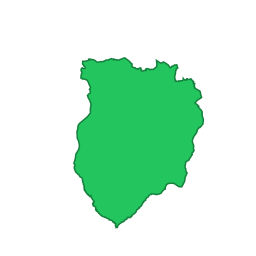 Vurpar, Sibiu, Romania (Mercator projection), rotated 227°
{"feature_id": "2599482B26098957390295", "entity_name": "Vurpar", "entity_type": "district", "adm_level": 2, "iso_a3": "ROU", "parent_name": "Romania", "parent_adm1": "Sibiu", "projection": "mercator", "projection_center": [24.329, 45.907], "detail": "fine", "context": "isolated", "style": "filled", "palette": "green", "viewbox_px": 256, "rotation_deg": 227, "n_neighbors": 0, "source": "geoboundaries", "source_scale": "gbopen_adm2", "svg_char_len": 5742}
<svg xmlns="http://www.w3.org/2000/svg" viewBox="0 0 256 256"><g transform="rotate(227 128 128)"><path d="M158.0,194.9L155.1,192.8L153.5,191.0L153.3,190.0L153.6,188.1L153.5,186.6L155.1,185.0L155.8,183.6L156.7,183.6L158.0,182.9L158.8,181.9L159.0,181.3L158.9,181.0L158.0,180.7L157.8,180.5L158.3,179.8L159.0,179.2L159.1,178.6L159.7,177.5L160.6,176.9L161.2,177.4L161.3,177.1L161.6,177.4L163.2,178.3L163.7,177.9L164.1,176.7L164.0,176.1L164.0,175.6L165.0,175.3L165.5,174.5L167.2,174.2L167.2,173.9L167.7,173.9L168.3,173.4L170.2,172.8L171.0,173.0L171.3,174.0L171.9,174.6L172.9,174.6L173.5,174.4L174.3,174.5L177.4,174.3L178.0,174.0L179.4,173.9L179.6,173.7L181.1,173.7L181.9,172.8L182.3,172.0L182.8,170.3L183.5,169.0L183.9,167.6L184.4,167.2L184.4,166.8L184.8,166.6L185.7,166.3L185.9,165.7L187.9,164.8L187.9,164.3L188.2,164.5L188.7,164.0L188.7,163.6L190.0,163.2L191.6,159.3L192.4,158.7L192.8,157.9L192.9,156.6L193.3,156.2L193.5,155.0L195.2,153.3L196.8,150.6L197.2,150.3L200.3,149.8L201.6,149.2L202.0,149.0L202.3,148.3L203.4,147.9L203.7,147.0L204.1,147.2L204.7,147.0L205.1,146.6L205.1,146.3L204.9,146.0L204.2,145.8L205.7,142.7L206.9,141.2L207.7,140.4L205.8,138.4L203.9,138.4L203.7,138.0L203.4,138.0L202.6,138.3L202.0,138.3L201.3,138.0L201.1,137.7L201.0,137.1L201.2,136.6L202.2,135.8L202.9,135.8L203.3,135.3L203.0,133.9L202.7,133.4L201.9,133.0L201.6,132.6L200.6,132.6L200.2,132.4L199.7,131.7L199.4,131.0L198.6,129.8L197.5,128.5L196.5,127.6L196.0,127.9L195.5,127.9L194.5,128.4L194.4,128.8L193.2,129.6L190.8,130.7L188.0,130.0L186.3,129.2L183.3,128.4L182.9,127.7L182.9,127.2L182.4,126.8L182.4,126.1L181.8,126.2L181.4,126.0L179.4,124.4L179.6,122.9L179.5,120.6L177.1,119.5L173.5,118.6L172.5,118.0L171.7,117.9L169.9,116.4L167.6,113.4L164.8,110.9L164.5,110.4L164.1,107.0L163.9,106.2L164.2,98.9L164.4,95.8L164.2,94.4L163.7,93.0L161.4,90.3L160.8,89.3L160.4,88.4L155.1,83.9L152.4,83.1L150.1,81.7L148.4,80.6L147.0,79.0L145.7,76.6L144.5,72.2L141.6,68.6L139.5,65.2L139.1,64.3L138.7,64.1L137.7,64.1L136.7,63.7L136.3,63.2L136.4,62.4L134.9,61.0L134.1,61.0L133.5,60.5L132.9,60.4L131.9,59.8L127.9,59.9L127.6,60.2L124.9,59.6L123.4,60.2L122.3,60.1L120.8,59.3L120.7,58.9L120.3,58.6L120.1,58.7L119.6,58.4L118.8,57.8L117.7,57.5L117.4,57.2L116.8,56.8L116.8,56.7L116.2,56.6L115.0,56.1L114.9,55.8L114.4,55.6L114.3,55.1L113.9,55.0L113.9,54.9L112.7,54.0L112.1,54.3L111.8,53.8L111.5,54.2L110.4,53.5L110.0,53.6L109.6,53.3L108.7,53.4L107.6,53.1L107.3,53.3L106.8,53.1L106.6,53.2L106.4,53.6L106.1,53.3L105.0,53.4L104.8,53.7L104.5,53.4L104.2,53.4L103.8,54.3L103.7,53.8L103.4,53.6L102.5,53.9L101.6,53.8L101.1,53.5L98.8,53.3L98.3,53.0L97.4,53.3L96.9,52.3L97.1,51.8L96.7,51.4L96.9,50.8L96.1,50.5L96.0,50.1L95.3,50.3L95.1,49.7L94.8,49.5L93.7,50.1L92.4,50.3L91.3,49.7L90.2,48.5L89.9,48.6L89.9,48.9L89.6,49.2L89.2,48.5L88.6,48.3L87.7,48.9L87.1,48.6L86.1,48.7L85.6,48.4L85.2,48.6L83.1,48.6L82.3,48.9L81.6,48.8L80.4,49.2L79.1,50.1L78.6,50.1L77.8,50.8L77.2,50.8L75.9,51.2L75.2,51.7L74.2,52.1L73.7,51.6L71.3,53.2L69.6,52.9L69.4,53.4L68.7,53.2L68.3,53.6L67.9,53.2L67.5,53.2L66.5,53.8L65.9,53.2L65.6,52.5L64.6,51.9L63.9,52.0L63.5,52.2L63.3,51.4L62.7,52.0L62.6,52.5L63.5,52.7L63.1,53.1L63.4,53.4L63.7,55.5L63.6,56.2L63.7,56.6L63.5,57.3L63.4,58.5L63.6,59.2L63.1,59.6L63.1,60.1L62.7,60.5L62.5,61.0L62.6,62.0L63.1,63.3L62.8,63.6L62.5,63.7L62.5,64.4L62.2,64.9L62.7,65.7L62.4,66.5L62.7,67.2L61.6,67.8L61.5,68.3L61.0,68.6L61.1,69.1L61.0,69.5L61.1,69.8L60.8,70.3L61.2,70.7L61.1,71.1L61.5,71.9L61.3,72.2L61.4,73.6L61.1,74.0L61.0,74.7L61.1,76.0L61.4,77.2L62.0,78.2L62.2,78.8L61.7,80.9L62.2,81.5L61.9,81.9L62.3,82.1L62.1,82.5L62.0,85.2L62.7,86.2L62.7,87.0L63.2,87.7L63.1,88.3L63.3,88.7L63.1,89.0L63.6,89.8L63.1,91.5L63.9,92.1L63.9,93.2L64.3,94.1L63.8,95.7L64.3,97.6L64.2,99.2L63.6,99.5L63.5,100.4L62.2,101.9L61.5,102.1L60.6,103.1L59.6,103.6L59.2,104.7L58.4,105.9L57.9,107.4L57.8,108.0L58.2,109.5L58.5,112.4L57.9,113.4L58.2,113.9L59.1,114.6L59.5,115.4L59.6,115.8L60.1,116.9L60.2,118.6L60.0,119.4L58.2,122.0L56.4,123.5L55.4,124.1L51.0,125.0L50.3,125.3L48.3,127.2L50.1,132.3L50.9,133.8L52.9,136.1L54.8,140.6L56.3,140.6L59.0,142.5L59.5,142.5L61.1,143.5L63.9,147.5L63.1,149.7L63.0,150.8L63.7,152.2L63.8,153.3L64.7,156.2L64.6,156.8L65.8,157.4L66.1,158.3L66.0,159.3L66.3,159.6L66.3,160.5L66.4,160.9L68.2,161.8L70.2,163.9L71.0,164.4L72.7,164.9L74.4,166.0L76.0,168.0L76.1,168.6L76.9,170.4L77.4,173.3L77.8,174.9L78.3,175.6L78.4,176.3L79.1,176.9L79.6,178.6L79.6,179.1L79.7,179.4L79.7,179.8L80.0,180.3L79.3,180.8L79.4,183.0L79.9,184.9L79.8,185.5L82.7,188.9L86.8,190.8L87.1,191.3L87.4,191.4L87.7,191.9L89.5,193.4L91.4,193.7L95.8,193.6L95.7,194.6L98.2,194.5L100.1,194.0L100.7,194.3L101.0,197.8L100.1,202.6L100.4,202.8L102.3,203.7L105.4,205.6L106.4,205.7L107.5,205.1L108.0,205.2L111.0,204.1L111.4,204.4L111.7,204.2L111.9,204.4L112.5,204.4L113.6,204.9L113.4,205.4L114.8,206.3L114.8,206.9L114.9,207.0L115.4,206.3L116.5,207.1L116.8,206.9L116.9,207.0L116.7,207.2L117.3,207.7L117.5,207.6L117.2,206.9L118.3,207.5L119.3,207.4L121.0,207.6L121.4,206.7L122.5,204.9L122.8,204.7L123.6,204.9L123.9,204.6L123.9,204.3L123.5,203.9L123.4,203.4L123.7,202.9L124.8,202.5L124.3,202.5L124.3,202.3L124.6,202.3L125.2,202.0L126.5,202.2L126.2,201.9L125.4,201.9L125.3,201.7L125.6,201.5L125.5,201.2L125.6,200.1L126.1,199.2L126.6,198.9L126.9,198.5L127.3,197.6L127.9,197.2L127.8,196.5L128.2,196.0L128.7,195.8L130.0,194.6L130.3,195.3L131.8,195.6L132.3,196.3L133.1,196.6L133.9,197.4L135.3,199.7L136.5,200.8L136.6,201.2L137.3,201.8L137.4,202.5L138.0,202.9L138.1,203.3L138.0,205.3L138.4,205.2L138.5,205.5L139.0,205.8L140.9,206.8L141.8,205.5L142.4,204.9L142.4,204.2L142.8,202.5L143.2,202.3L143.0,201.1L143.3,199.9L146.8,200.4L150.4,199.5L152.1,199.0L152.3,198.3L152.3,197.5L153.1,196.1L158.0,194.9Z" fill="#22c55e" stroke="#15803d" stroke-width="1.5"/></g></svg>